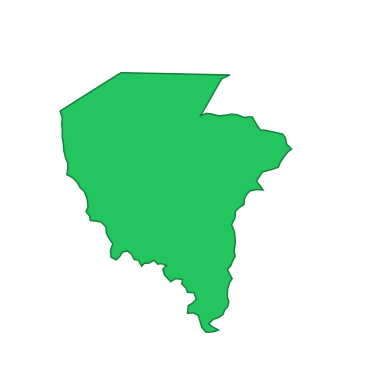 outline of Feira Nova, Sergipe, Brazil, rotated 337°
{"feature_id": "56859067B67652621374936", "entity_name": "Feira Nova", "entity_type": "district", "adm_level": 2, "iso_a3": "BRA", "parent_name": "Brazil", "parent_adm1": "Sergipe", "projection": "robinson", "projection_center": [-37.332, -10.298], "detail": "fine", "context": "isolated", "style": "filled", "palette": "green", "viewbox_px": 384, "rotation_deg": 337, "n_neighbors": 0, "source": "geoboundaries", "source_scale": "gbopen_adm2", "svg_char_len": 1655}
<svg xmlns="http://www.w3.org/2000/svg" viewBox="0 0 384 384"><g transform="rotate(337 192 192)"><path d="M272.7,99.1L173.4,54.5L167.6,55.3L133.3,60.8L102.2,66.0L101.6,73.2L98.4,79.1L97.0,84.1L94.2,90.2L92.3,97.7L90.1,104.0L89.0,111.5L88.8,117.4L86.9,121.8L83.6,127.0L88.0,132.7L90.3,139.1L90.7,144.3L92.9,149.0L93.1,154.5L92.4,158.9L90.3,165.3L86.8,168.7L88.4,174.0L87.3,178.6L92.0,181.1L96.6,184.1L99.2,190.6L97.1,196.6L97.5,201.8L98.8,208.6L94.2,213.9L92.0,220.4L95.7,224.8L100.3,223.1L104.5,220.1L109.6,221.1L112.1,225.9L112.4,231.6L116.1,233.8L116.5,240.6L120.4,239.0L124.3,240.6L130.5,240.1L132.2,245.0L136.1,246.1L139.6,250.0L135.0,251.5L134.4,257.7L135.9,262.1L137.4,266.3L143.1,265.3L149.1,268.8L146.7,272.7L148.9,277.9L148.7,282.6L154.4,285.5L154.1,292.3L149.1,294.5L144.1,295.3L140.5,301.9L146.1,303.8L149.6,308.1L148.9,314.2L148.1,320.7L150.2,326.6L156.9,329.0L162.4,329.5L158.1,323.9L155.9,319.9L161.6,317.5L167.6,317.9L172.6,316.9L175.8,313.5L180.4,311.2L183.0,307.3L183.5,301.9L186.9,295.2L191.1,290.1L195.1,287.4L194.5,281.9L194.3,277.0L198.6,275.2L202.6,271.2L206.5,268.1L207.7,262.6L212.1,255.7L213.7,251.0L215.6,245.3L215.6,237.7L221.4,232.7L224.5,226.7L229.5,224.8L234.9,223.9L237.8,218.5L242.0,215.2L246.0,213.7L253.1,215.2L258.2,217.9L255.7,207.0L264.6,201.1L274.0,202.4L281.1,202.9L285.3,198.8L291.6,194.9L295.5,192.7L300.4,191.4L297.8,185.1L299.1,178.6L298.1,174.2L293.1,170.4L289.1,167.7L284.0,164.1L279.0,161.6L277.6,154.0L276.8,146.5L272.9,144.7L269.0,143.8L264.0,138.7L258.7,135.7L253.8,134.7L246.7,132.5L239.7,127.3L235.7,125.1L229.6,125.3L263.6,99.3L272.7,99.1Z" fill="#22c55e" stroke="#15803d" stroke-width="1.5"/></g></svg>